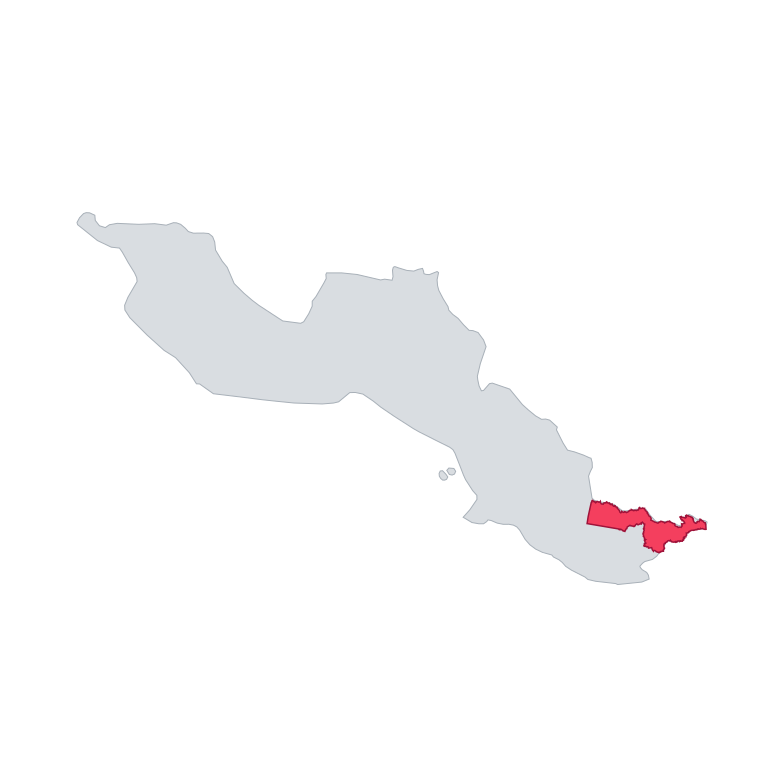 Chitipa, Chitipa, Malawi (highlighted), rotated 130°
{"feature_id": "42251766B85605316960959", "entity_name": "Chitipa", "entity_type": "district", "adm_level": 2, "iso_a3": "MWI", "parent_name": "Malawi", "parent_adm1": "Chitipa", "projection": "natural_earth1", "projection_center": [33.265, -9.968], "detail": "fine", "context": "in_parent", "style": "filled", "palette": "rose", "viewbox_px": 768, "rotation_deg": 130, "n_neighbors": 0, "source": "geoboundaries", "source_scale": "gbopen_adm2", "svg_char_len": 8697}
<svg xmlns="http://www.w3.org/2000/svg" viewBox="0 0 768 768"><g transform="rotate(130 384 384)"><path d="M303.3,450.9L299.3,444.5L296.0,446.1L291.4,450.6L288.9,451.8L287.6,451.6L286.8,450.5L285.8,447.7L282.3,439.5L278.3,433.7L274.1,431.4L270.7,428.8L272.2,426.2L273.8,424.3L273.1,422.4L271.1,419.6L263.7,415.6L263.6,413.8L270.1,410.3L274.3,406.1L277.1,402.1L280.7,393.4L283.6,384.7L285.8,381.8L286.5,376.0L286.1,369.5L287.5,361.2L288.2,353.3L286.0,350.3L284.1,345.0L286.3,336.0L289.8,329.8L306.5,323.3L318.0,317.5L320.5,314.9L324.4,309.9L326.6,305.0L325.0,303.6L315.9,303.4L313.7,301.6L307.1,284.4L310.8,264.8L311.1,257.1L311.0,247.5L309.8,240.6L306.9,237.6L305.2,233.9L305.6,223.6L308.3,222.4L314.1,208.9L316.7,200.9L313.6,194.5L310.2,185.4L308.6,179.6L307.8,177.7L310.2,174.2L314.1,170.7L318.4,169.7L323.1,168.1L337.7,151.3L337.9,148.0L335.2,142.3L329.8,133.8L328.5,130.3L327.9,120.1L325.7,117.1L317.7,110.2L311.6,102.9L313.5,95.6L314.5,87.5L311.5,83.1L306.9,78.6L304.1,71.9L302.9,66.9L299.3,64.9L296.0,64.8L293.6,67.9L291.0,67.7L287.8,66.6L286.8,62.3L286.6,57.6L284.5,54.5L282.4,50.1L282.1,47.8L283.4,47.1L286.2,46.7L298.0,55.5L305.1,55.9L313.0,57.5L319.8,65.3L323.3,66.3L327.8,65.3L340.6,64.4L345.8,65.6L352.4,70.1L355.0,70.7L359.1,70.9L359.8,69.7L360.3,67.0L359.5,61.6L360.5,58.6L363.0,55.5L370.0,59.2L387.4,76.1L388.0,78.3L399.1,95.1L402.7,102.2L402.7,106.0L406.1,120.7L406.9,127.6L406.1,132.8L406.2,137.0L407.6,143.0L407.1,145.5L411.1,154.3L413.0,161.7L413.4,168.9L412.3,176.0L408.7,186.2L408.1,190.4L408.9,194.1L411.2,198.2L414.9,202.6L417.8,207.9L419.7,214.2L421.3,217.0L423.4,216.9L427.1,217.9L430.1,221.5L433.6,227.6L434.7,234.7L435.2,237.7L425.2,237.4L412.7,238.6L409.6,241.3L408.7,247.5L404.8,260.1L402.6,264.7L397.9,273.2L391.4,285.1L390.0,289.0L390.2,293.0L394.1,309.2L398.1,326.3L399.3,332.9L402.2,355.6L403.8,371.6L404.0,381.1L405.3,393.7L408.9,400.5L412.6,404.7L426.8,407.3L431.0,410.4L439.0,418.5L456.4,440.7L466.0,454.8L474.4,467.3L489.4,490.5L501.1,508.4L502.5,525.3L504.4,527.8L500.5,540.3L497.8,560.6L499.6,574.0L498.8,596.9L496.6,621.3L493.9,630.0L490.4,633.3L482.2,635.9L464.2,639.0L461.5,641.8L459.2,646.6L455.5,657.8L451.2,669.2L449.9,674.0L450.7,675.2L454.5,680.9L458.3,695.7L458.9,721.1L457.6,723.0L452.3,724.1L446.6,723.7L444.2,722.3L442.1,719.5L440.6,714.0L444.3,710.3L445.7,703.7L443.3,698.0L438.5,696.7L432.4,691.6L419.4,674.6L408.6,662.7L402.3,652.9L395.8,649.0L393.9,646.5L392.4,642.4L392.4,636.4L393.0,631.9L391.0,627.0L384.4,619.3L381.4,615.0L381.3,610.0L384.0,605.0L389.7,599.1L393.9,586.9L395.4,579.1L403.4,563.3L404.5,549.6L404.6,538.7L404.2,530.5L402.2,513.7L400.8,502.1L391.1,486.9L387.9,485.5L378.6,486.8L370.6,489.0L366.7,492.2L360.8,492.3L345.2,495.0L340.3,496.1L337.5,498.9L335.8,499.4L326.0,487.7L317.4,475.0L306.5,453.5L303.3,450.9ZM417.1,284.3L414.5,285.0L412.8,283.4L413.3,278.7L414.2,275.4L416.8,274.8L418.6,275.7L419.9,277.3L419.9,279.8L419.1,282.3L417.1,284.3ZM411.3,275.8L409.8,280.4L406.7,280.3L403.8,276.2L404.8,273.0L407.6,272.1L410.0,273.3L411.3,275.8Z" fill="#d9dde1" stroke="#a8b0b8" stroke-width="1"/><path d="M336.3,64.7L335.9,64.5L335.4,64.7L334.9,64.1L334.4,64.3L333.7,63.5L333.3,63.5L332.7,62.7L332.4,62.9L332.3,62.6L331.7,63.1L331.1,63.3L331.0,63.5L330.2,63.3L329.7,63.4L329.4,63.6L329.5,64.1L329.1,64.4L328.7,65.1L328.4,65.4L328.1,65.4L328.0,65.7L327.3,66.2L327.1,66.2L326.8,66.5L326.3,66.6L325.3,66.0L324.7,66.5L324.0,66.1L323.5,66.0L322.9,65.6L322.5,65.8L322.0,65.8L321.7,65.6L321.4,65.6L321.1,65.4L321.0,65.1L320.5,64.6L320.5,64.2L320.1,64.2L320.0,63.8L319.7,63.9L319.9,63.3L319.8,62.6L320.1,62.5L320.1,62.4L319.1,60.6L318.1,59.8L318.1,59.4L317.8,59.2L317.8,58.7L317.5,58.5L317.1,59.0L317.0,58.8L316.8,58.8L316.8,58.2L316.1,57.7L315.8,57.9L315.4,58.0L315.0,57.6L314.7,57.0L314.4,56.9L314.2,56.4L314.4,56.2L314.0,56.1L313.9,55.9L313.6,56.0L313.5,55.4L312.6,54.4L311.8,54.9L311.5,54.4L311.1,54.2L310.8,54.5L310.3,54.5L310.1,54.9L309.6,54.8L309.8,55.1L309.5,55.1L309.3,55.3L309.2,55.7L308.8,55.6L308.7,55.7L308.4,55.3L308.0,55.5L307.9,55.1L307.5,55.0L307.1,54.5L306.7,54.7L306.2,55.0L305.2,55.0L304.8,55.7L304.4,55.7L304.0,56.4L303.8,56.1L303.1,56.1L302.7,55.8L302.6,55.5L302.2,55.2L301.5,55.5L301.5,55.3L301.1,55.3L300.9,55.1L300.5,55.2L299.9,54.9L299.5,55.0L299.1,54.8L298.8,54.5L297.9,53.9L297.6,53.9L297.6,54.0L297.4,53.1L296.9,52.6L296.6,52.6L296.5,52.3L295.8,52.0L295.3,51.3L295.0,51.4L294.9,51.1L294.6,51.1L294.1,50.5L293.7,50.5L293.7,50.2L293.2,50.2L292.8,49.9L292.8,49.4L291.5,48.2L291.2,48.4L291.2,48.1L291.0,47.8L290.0,47.1L290.0,46.4L289.3,45.3L289.1,44.7L288.3,43.9L285.1,46.9L284.7,47.8L283.8,48.7L284.3,50.0L284.0,52.0L284.5,52.7L284.4,53.6L284.1,54.1L284.4,55.0L285.6,54.3L286.1,54.4L286.8,54.1L287.0,54.6L287.6,55.4L288.0,55.3L288.3,55.6L288.7,55.2L289.3,55.2L289.7,55.3L290.0,55.7L290.3,55.6L290.4,55.8L290.3,56.3L290.6,56.9L290.5,57.7L289.9,59.0L289.3,59.8L289.2,60.2L288.7,60.3L288.4,60.7L288.3,61.0L288.5,61.3L288.0,62.1L288.4,62.6L288.3,63.0L288.6,63.2L288.6,63.8L288.7,64.4L289.3,65.4L289.2,65.9L289.7,66.2L289.8,67.3L290.0,67.7L290.2,67.8L290.1,68.0L291.0,68.3L291.5,67.7L291.4,67.3L291.6,66.9L291.9,66.8L292.8,66.9L293.1,67.2L293.2,67.9L293.5,68.6L294.6,70.1L294.3,71.0L295.3,71.7L295.7,71.8L295.9,71.1L295.7,70.6L296.3,70.3L296.7,69.4L296.6,68.9L296.4,68.4L296.6,67.9L297.1,67.8L297.0,67.5L296.6,67.3L296.4,66.9L296.5,65.9L297.0,64.5L297.5,64.1L297.8,64.6L298.7,65.2L299.6,65.3L299.8,66.0L300.0,65.7L300.7,65.3L300.8,64.7L301.0,64.4L302.8,64.3L302.8,64.7L303.2,65.0L303.5,65.5L304.6,66.2L304.9,66.6L304.6,67.0L304.6,67.6L304.8,68.1L305.2,68.4L305.5,69.8L305.3,70.4L304.5,70.8L304.3,71.8L305.1,72.8L305.3,74.6L305.6,75.7L305.9,76.0L305.4,76.5L305.5,77.3L306.3,77.5L306.8,78.2L307.3,78.5L308.1,78.9L309.0,79.1L309.4,79.7L310.0,79.7L310.1,81.2L310.5,81.8L310.6,82.6L311.0,83.1L311.1,83.7L312.4,83.9L312.8,84.4L314.5,84.7L315.6,87.8L315.9,88.0L315.9,89.3L316.3,90.3L316.3,91.0L316.8,92.0L315.3,92.9L314.9,93.6L314.6,94.8L314.6,95.8L314.8,96.2L313.7,98.7L313.8,99.2L313.2,99.5L313.2,99.8L313.0,100.0L312.8,102.7L312.4,103.4L312.2,104.2L311.8,104.5L312.1,104.8L312.6,105.3L312.7,105.6L312.6,106.0L312.9,106.0L313.2,106.5L313.7,106.6L314.4,107.4L314.4,108.2L314.2,108.8L314.6,109.0L315.0,108.1L315.4,108.6L316.2,108.6L317.0,108.2L317.7,108.7L317.8,109.0L318.6,109.2L318.6,109.5L318.8,109.8L319.0,109.9L319.3,110.6L320.1,111.0L320.2,111.3L320.5,111.3L320.8,111.8L321.1,113.6L321.3,113.4L322.1,113.7L322.4,114.3L323.1,114.5L325.6,115.0L326.0,115.6L326.6,115.6L326.8,116.2L326.8,117.0L327.3,117.8L327.9,117.6L328.3,117.9L328.6,118.3L328.8,120.1L329.4,119.7L330.3,119.7L330.6,120.0L330.4,121.3L329.8,121.9L329.4,123.4L329.2,125.5L328.8,125.7L328.6,126.1L329.0,127.0L329.1,128.0L328.7,128.6L328.7,128.9L328.8,129.1L329.8,129.1L330.1,129.8L329.9,130.3L329.9,130.8L329.4,132.0L329.7,132.0L329.8,132.4L330.5,132.5L330.5,132.9L330.7,133.2L330.4,133.5L330.3,134.1L330.7,134.4L330.3,135.1L330.9,135.5L331.3,136.2L331.1,137.1L331.3,137.8L332.4,137.6L332.4,137.9L332.7,138.0L333.2,138.6L333.9,139.1L334.2,138.9L334.6,139.0L335.0,138.8L335.3,139.4L335.8,139.6L336.1,140.6L335.8,141.9L334.9,142.8L335.8,142.8L336.6,143.8L336.6,144.4L337.0,145.2L337.6,145.4L338.0,145.8L338.4,145.8L338.6,145.4L339.0,145.5L339.0,146.3L338.6,147.1L339.0,147.6L339.3,147.9L339.1,148.4L339.1,149.5L339.5,149.7L340.7,149.2L341.0,148.9L341.5,149.1L354.1,142.5L360.4,138.7L344.0,110.7L344.4,110.4L344.0,109.5L343.7,109.6L343.0,109.3L342.8,107.2L342.7,106.8L342.9,106.6L342.8,106.3L342.5,106.1L342.4,105.7L342.5,105.5L342.1,104.7L341.8,104.8L341.6,105.1L341.0,104.9L340.2,105.3L339.1,105.3L338.8,105.0L338.5,105.1L337.1,105.8L335.0,105.0L334.2,104.8L334.1,104.7L334.1,103.9L333.6,103.4L333.4,102.6L332.7,101.8L332.6,100.9L332.2,100.7L331.7,100.9L331.3,100.5L330.1,100.8L329.8,100.8L329.5,100.5L328.7,100.5L328.5,99.6L328.7,99.3L328.6,98.9L327.7,98.4L326.7,98.1L325.9,96.8L325.7,96.8L325.3,97.1L325.1,97.7L323.7,97.2L323.9,96.7L323.9,95.7L324.2,95.1L323.8,94.2L324.8,93.8L325.1,93.4L326.2,93.0L326.5,92.7L326.9,92.5L327.1,92.1L327.4,92.4L328.2,92.2L328.5,91.5L328.5,90.9L329.0,90.5L330.0,90.4L331.1,89.4L331.5,89.7L331.9,89.6L332.1,89.2L332.7,88.8L332.8,88.2L333.3,87.9L333.5,87.4L333.9,87.4L333.9,86.9L334.1,86.5L334.4,85.8L334.8,85.4L334.7,85.1L335.3,84.5L335.1,83.8L335.6,84.1L336.1,84.2L336.0,83.7L336.2,83.4L336.4,83.5L337.0,82.9L337.4,82.2L337.9,81.9L337.8,81.6L338.3,81.7L338.0,81.2L339.5,81.4L339.9,81.1L341.0,81.3L340.8,81.2L341.0,80.9L340.8,80.6L340.9,80.1L340.6,79.7L340.0,79.4L340.1,78.3L339.0,77.3L339.7,75.9L337.3,73.8L338.4,72.1L338.7,71.2L338.6,70.7L338.8,70.5L338.9,70.1L338.2,70.3L337.5,69.5L337.3,68.5L337.5,67.6L337.2,67.2L337.0,66.3L336.5,65.6L336.5,64.9L336.3,64.7Z" fill="#f43f5e" stroke="#9f1239" stroke-width="1.5"/></g></svg>